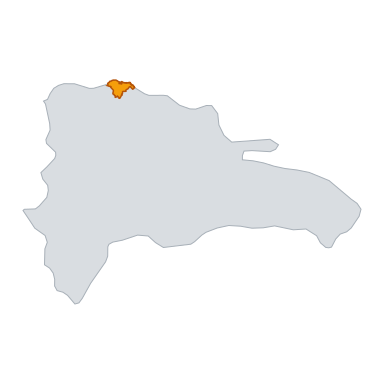 Luperon, Puerto Plata, Dominican Republic shown in context
{"feature_id": "3306468B16106454484671", "entity_name": "Luperon", "entity_type": "district", "adm_level": 2, "iso_a3": "DOM", "parent_name": "Dominican Republic", "parent_adm1": "Puerto Plata", "projection": "mercator", "projection_center": [-70.936, 19.84], "detail": "fine", "context": "in_parent", "style": "filled", "palette": "amber", "viewbox_px": 384, "rotation_deg": 0, "n_neighbors": 0, "source": "geoboundaries", "source_scale": "gbopen_adm2", "svg_char_len": 4920}
<svg xmlns="http://www.w3.org/2000/svg" viewBox="0 0 384 384"><path d="M44.5,264.8L44.9,248.8L47.3,242.3L45.1,235.5L34.8,228.2L28.6,218.8L23.0,210.5L24.3,209.3L35.4,208.9L39.3,205.9L46.8,197.4L48.3,190.5L47.7,185.3L42.8,179.1L40.9,172.6L46.9,166.9L54.7,158.5L55.8,155.3L55.6,152.2L46.5,143.4L45.9,139.6L50.1,130.1L49.7,123.7L45.5,104.0L43.5,101.1L47.5,99.4L50.2,93.5L53.8,88.3L58.5,85.4L63.9,83.7L74.6,83.8L89.4,88.4L93.6,88.3L107.8,84.1L119.6,81.8L130.7,84.5L135.2,88.0L144.4,93.7L149.0,95.4L163.4,95.3L167.4,95.8L179.5,105.2L189.8,108.9L195.7,109.1L206.4,105.5L211.7,105.6L217.7,113.6L218.9,125.0L224.0,135.4L231.7,142.1L270.0,139.3L278.5,144.8L275.6,149.3L270.2,151.7L252.0,150.6L244.0,151.1L242.4,155.6L242.4,159.8L253.0,160.8L263.5,162.9L274.1,166.2L284.9,168.5L297.1,170.0L309.1,172.4L329.1,180.6L351.2,199.2L357.1,203.4L361.0,209.2L359.1,216.3L351.2,228.0L346.7,231.8L340.2,234.1L335.8,238.9L331.5,247.1L328.8,247.8L325.7,247.4L320.4,242.8L316.6,235.7L306.0,229.0L293.3,229.8L274.6,225.9L263.3,227.8L252.0,228.2L240.5,226.2L228.8,225.5L217.2,228.0L206.0,232.3L201.8,235.1L194.6,241.7L190.8,244.2L163.4,247.5L155.5,242.6L148.2,236.0L137.6,235.1L122.4,240.2L112.8,242.1L108.9,244.3L107.8,246.8L107.7,256.2L105.6,261.8L90.7,283.2L82.3,298.3L78.9,302.9L74.9,304.0L67.5,295.3L62.9,292.2L57.1,290.6L54.6,286.0L54.7,279.4L53.2,273.1L49.6,268.1L44.5,264.8Z" fill="#d9dde1" stroke="#a8b0b8" stroke-width="1"/><path d="M125.9,91.2L125.8,90.9L125.7,90.5L125.8,90.3L125.9,90.1L126.4,89.8L127.1,89.2L128.0,88.8L128.1,88.6L128.4,88.2L128.9,87.6L129.2,87.1L129.3,87.0L129.9,86.7L130.3,86.7L130.5,86.7L130.6,86.8L130.8,87.3L131.0,87.5L131.6,88.2L132.1,88.5L132.4,89.0L132.6,89.1L132.8,89.2L133.0,89.1L133.4,88.7L133.8,88.5L133.9,88.4L134.2,87.9L134.6,87.5L134.5,87.4L134.3,87.5L134.2,87.6L134.0,87.2L134.4,87.0L134.3,86.7L134.2,86.7L133.9,86.7L133.7,86.6L133.8,86.5L133.9,86.4L133.7,86.2L133.6,85.9L133.4,85.7L133.2,85.5L133.0,85.4L133.0,85.2L132.9,85.0L132.8,84.9L132.7,84.9L132.3,84.8L132.0,85.0L132.0,84.9L131.8,84.8L131.6,84.9L131.3,84.8L131.2,84.6L130.9,84.4L130.7,84.3L130.5,84.2L130.4,84.1L130.3,83.9L130.3,83.6L130.4,83.3L130.4,83.2L130.5,83.2L130.4,83.1L130.2,83.0L130.2,82.9L130.3,82.8L130.3,82.7L130.2,82.7L129.9,82.7L129.8,82.8L129.6,82.8L129.4,82.7L129.5,82.5L129.5,82.4L129.3,82.4L129.3,82.6L129.2,82.7L128.9,82.6L128.6,82.6L128.4,82.7L128.3,82.9L128.2,82.9L128.1,83.0L127.9,83.0L127.7,83.0L127.6,82.9L127.4,82.8L127.2,82.7L126.9,82.7L126.9,82.8L126.7,82.9L126.7,83.1L126.4,83.2L126.1,83.2L126.1,82.8L126.0,82.7L125.9,82.7L125.8,82.8L125.7,82.9L125.4,82.8L125.2,82.8L125.0,82.7L124.7,82.7L124.6,82.8L124.5,82.7L124.4,82.7L124.3,82.8L124.2,82.8L124.0,82.7L123.9,82.8L123.8,82.7L123.7,82.5L123.4,82.4L122.9,82.4L122.6,82.2L122.4,81.9L122.2,81.8L122.0,81.7L121.9,81.7L121.6,81.6L121.4,81.7L121.4,81.9L121.2,82.0L121.0,82.3L121.0,82.5L120.9,82.5L120.8,83.0L121.2,83.2L121.2,83.3L121.4,83.4L121.6,83.4L121.6,83.5L121.8,83.7L121.7,83.8L121.5,83.7L121.4,83.7L121.4,83.8L121.2,83.9L121.0,83.7L120.9,83.7L120.9,83.4L120.7,83.3L120.7,83.2L120.4,83.3L120.2,83.3L119.8,83.4L119.7,83.5L119.3,83.6L119.1,83.5L119.1,83.4L119.3,83.4L119.4,83.2L119.5,83.2L119.5,83.3L119.7,83.2L119.9,83.0L120.2,83.0L120.3,83.1L120.5,83.0L120.5,82.9L120.5,82.6L120.3,82.5L120.2,82.5L120.0,82.4L119.9,82.4L119.7,82.3L119.6,82.1L119.2,82.0L119.0,81.8L118.8,81.8L118.3,81.6L118.2,81.5L117.8,81.1L117.7,81.1L117.4,81.0L117.4,80.9L117.2,80.7L116.9,80.6L116.6,80.4L116.4,80.3L116.3,80.2L116.1,80.2L115.7,80.1L115.2,80.1L114.9,80.1L114.6,80.2L114.2,80.1L113.9,80.1L113.7,80.1L113.3,80.1L113.2,80.1L112.9,80.2L112.9,80.3L112.6,80.4L112.4,80.4L112.1,80.4L111.9,80.6L111.7,80.7L111.5,80.9L111.4,81.0L111.2,81.0L110.8,81.1L110.7,81.2L110.3,81.2L110.2,81.2L110.1,81.3L109.8,81.4L109.7,81.4L109.6,81.5L109.6,81.8L109.5,82.0L109.4,82.2L109.2,82.3L109.0,82.5L108.9,82.5L108.5,82.6L108.3,82.8L108.3,83.0L108.1,83.2L107.8,83.3L107.7,83.5L107.8,83.7L107.8,83.9L107.9,84.0L107.9,84.3L108.0,84.5L108.0,84.8L107.9,84.9L107.7,85.1L107.6,85.3L107.4,85.5L107.2,85.6L107.5,85.7L108.2,85.8L108.7,86.1L109.2,86.4L109.3,86.4L109.7,86.3L110.0,86.3L110.9,86.6L110.9,86.8L110.7,87.2L110.7,87.3L110.9,87.6L111.2,87.7L111.3,87.9L111.7,88.4L113.1,89.9L113.3,90.2L113.4,90.6L113.4,91.1L113.2,91.7L113.1,92.5L112.9,92.9L112.9,93.3L112.9,93.5L113.3,94.3L113.8,94.3L114.0,94.5L114.3,95.1L114.4,95.3L114.5,95.4L115.2,95.7L115.3,95.8L115.3,96.1L115.3,96.3L115.3,96.5L115.1,96.8L115.1,97.0L115.3,97.3L115.6,97.3L116.4,96.9L116.9,96.8L117.1,96.6L117.3,96.2L117.5,96.1L117.9,96.6L118.1,97.0L118.6,97.2L118.9,97.5L119.0,97.7L118.9,98.1L119.0,98.2L119.3,98.3L119.8,98.2L120.2,97.8L120.4,97.4L120.7,96.8L121.4,95.5L121.6,95.3L122.0,95.2L122.1,94.8L122.1,94.7L121.8,94.6L121.7,94.5L121.6,94.3L121.6,94.2L121.8,93.9L122.2,93.8L122.4,93.7L122.5,93.3L122.5,92.1L122.5,91.9L122.6,91.7L122.9,91.5L123.2,91.4L125.2,91.4L125.5,91.3L125.9,91.2Z" fill="#f59e0b" stroke="#b45309" stroke-width="1.5"/></svg>